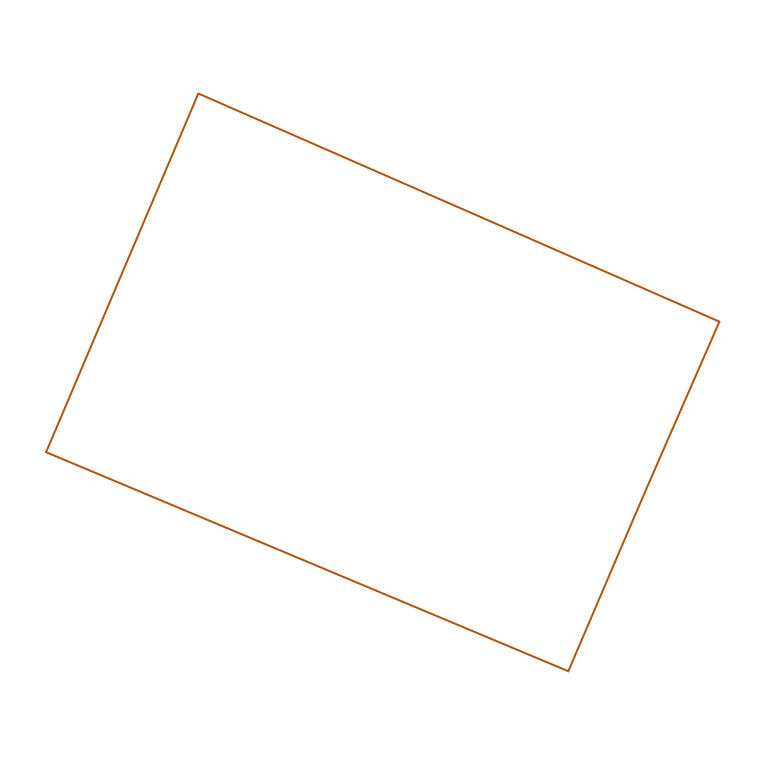 Sarmiento, Chubut, Argentina, rotated 113°
{"feature_id": "61730980B44143601291146", "entity_name": "Sarmiento", "entity_type": "district", "adm_level": 2, "iso_a3": "ARG", "parent_name": "Argentina", "parent_adm1": "Chubut", "projection": "mercator", "projection_center": [-68.999, -45.341], "detail": "fine", "context": "isolated", "style": "outline", "palette": "amber", "viewbox_px": 768, "rotation_deg": 113, "n_neighbors": 0, "source": "geoboundaries", "source_scale": "gbopen_adm2", "svg_char_len": 308}
<svg xmlns="http://www.w3.org/2000/svg" viewBox="0 0 768 768"><g transform="rotate(113 384 384)"><path d="M195.6,99.6L192.6,357.9L191.5,459.3L189.2,668.4L389.6,668.4L578.8,668.4L577.9,450.9L577.8,427.7L576.4,102.1L412.3,101.7L363.5,101.4L195.6,99.6Z" fill="none" stroke="#b45309" stroke-width="2"/></g></svg>